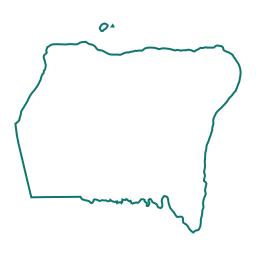 the district of Soure, Pará, Brazil
{"feature_id": "56859067B4470404603658", "entity_name": "Soure", "entity_type": "district", "adm_level": 2, "iso_a3": "BRA", "parent_name": "Brazil", "parent_adm1": "Pará", "projection": "mercator", "projection_center": [-48.627, -0.457], "detail": "fine", "context": "isolated", "style": "outline", "palette": "teal", "viewbox_px": 256, "rotation_deg": 0, "n_neighbors": 0, "source": "geoboundaries", "source_scale": "gbopen_adm2", "svg_char_len": 4859}
<svg xmlns="http://www.w3.org/2000/svg" viewBox="0 0 256 256"><path d="M31.3,197.3L45.5,197.1L80.4,196.8L81.2,198.0L82.0,199.2L83.7,199.8L85.0,200.1L86.3,200.5L87.8,200.7L89.1,201.2L91.0,203.0L92.3,202.8L93.4,201.4L93.6,200.1L94.5,199.4L95.5,199.5L97.0,199.8L98.0,200.2L99.0,200.8L100.1,200.9L101.3,200.4L102.4,200.2L103.7,200.4L104.8,200.4L106.4,200.5L107.4,201.1L108.8,201.3L109.8,200.8L110.3,199.8L111.2,200.6L112.1,201.2L113.6,201.7L115.0,202.0L116.0,201.5L117.1,201.4L117.1,203.0L118.4,202.6L119.6,202.3L120.7,202.2L121.4,203.1L122.2,202.2L122.3,200.9L122.3,199.5L123.7,199.8L125.6,200.0L126.2,199.1L127.2,199.5L128.2,200.7L129.4,201.3L130.5,200.8L131.0,201.8L131.4,203.1L132.7,203.6L133.8,203.0L135.3,202.6L136.7,202.6L138.0,202.8L138.9,202.1L141.1,199.4L142.4,199.2L143.7,199.4L144.6,199.9L144.6,201.3L145.6,202.3L146.9,203.0L146.7,204.7L146.8,205.9L148.0,206.0L148.8,205.1L149.3,203.9L149.3,202.4L148.6,201.5L148.6,199.9L150.0,198.9L151.1,199.6L152.4,202.0L153.4,202.7L155.1,203.3L156.2,204.1L157.2,205.0L157.5,206.1L158.1,207.2L159.6,207.8L160.8,208.1L162.0,206.9L162.3,205.6L162.3,204.5L162.1,203.0L161.7,201.1L161.8,200.1L162.3,198.4L163.1,197.2L164.3,196.0L166.1,196.5L167.2,197.0L168.0,198.8L168.3,201.0L168.8,203.9L170.1,207.7L172.2,210.5L173.9,212.4L175.6,215.2L176.8,216.7L178.4,217.0L179.9,216.6L181.8,216.8L182.6,217.5L183.0,218.7L182.9,220.3L183.2,222.5L184.2,223.3L185.9,224.3L187.0,225.2L188.0,226.7L189.6,229.3L191.5,231.3L193.3,232.5L195.3,230.6L196.7,230.4L198.2,230.0L199.0,229.2L199.5,228.1L200.2,226.7L200.5,225.1L200.7,223.9L200.8,222.7L200.8,221.5L200.8,219.8L201.3,217.5L201.8,216.2L201.9,214.7L202.3,212.8L202.3,211.2L202.5,210.1L203.2,208.3L203.5,206.8L203.4,205.7L203.1,204.3L203.1,202.8L203.3,201.7L203.3,200.6L203.7,199.6L204.2,197.9L204.8,196.4L205.5,194.8L205.7,193.3L205.5,192.1L205.0,190.8L205.2,189.1L205.7,186.9L206.1,185.1L206.4,183.7L206.1,182.7L205.1,181.7L204.0,180.9L204.0,179.5L204.5,178.2L204.7,177.0L204.9,175.7L204.8,174.5L204.4,173.2L204.0,171.9L204.5,169.9L204.8,168.3L204.9,166.6L205.0,164.9L204.9,163.3L204.7,161.8L204.8,160.5L205.0,159.2L205.1,157.4L205.2,155.2L205.4,152.4L205.8,151.0L206.2,149.4L206.4,148.0L206.4,146.2L206.8,145.1L207.4,143.6L208.0,142.3L208.6,140.9L209.0,139.6L209.4,138.5L209.9,137.1L210.3,136.1L210.7,134.9L211.4,132.6L211.9,131.1L212.3,129.4L212.3,127.9L212.9,125.7L213.4,124.2L213.4,122.9L213.2,121.3L213.3,119.8L213.9,117.6L215.0,115.3L215.8,113.6L216.9,112.0L218.8,110.0L221.3,107.8L223.0,106.0L225.3,103.5L226.7,102.0L228.9,98.6L230.1,97.3L231.5,95.9L232.5,94.7L233.2,93.8L233.9,92.6L235.0,91.6L235.8,90.8L236.2,89.3L236.9,88.0L237.4,86.6L237.9,85.1L238.4,83.7L239.0,82.4L239.4,81.1L239.7,79.5L239.9,78.2L240.2,76.6L240.4,75.4L240.5,74.1L240.6,73.1L240.6,71.9L240.4,70.5L240.2,68.9L239.7,67.1L239.2,65.7L238.8,64.7L238.1,63.3L237.2,62.1L236.4,60.9L235.6,59.5L234.8,58.4L234.2,57.6L233.5,56.6L232.9,55.2L231.4,54.0L230.0,53.2L228.5,52.3L227.0,51.8L226.0,51.3L224.8,50.9L223.5,49.9L223.3,48.8L222.9,47.4L221.7,46.2L220.1,46.1L218.5,45.6L217.2,45.5L216.1,45.8L214.9,46.6L214.1,47.5L212.4,47.7L210.9,47.7L209.8,47.5L208.8,47.7L207.2,47.7L206.1,47.3L204.6,47.5L203.0,48.0L202.0,48.0L200.9,47.8L199.6,48.4L198.8,49.0L197.7,49.5L196.2,50.3L194.4,51.5L193.0,51.1L192.1,50.7L190.4,50.0L188.1,49.7L186.5,50.2L185.4,50.3L184.1,50.2L182.4,50.3L180.6,50.7L179.0,50.1L176.8,50.0L175.3,50.5L174.2,50.2L172.9,49.9L171.7,49.5L170.2,49.1L168.5,48.8L166.1,48.5L164.0,48.3L162.1,48.4L159.9,49.0L158.2,49.0L156.8,48.4L154.8,47.9L152.9,47.7L151.5,47.6L149.9,47.6L148.0,47.7L146.8,47.9L145.6,48.2L144.7,48.6L143.4,49.7L141.9,50.7L140.8,50.6L139.6,50.5L138.2,50.7L137.0,50.9L135.7,50.8L134.6,51.0L133.0,51.5L131.0,51.8L129.9,52.0L128.7,52.5L126.8,52.4L125.5,52.7L123.8,53.3L122.0,54.1L120.8,54.7L119.3,54.8L117.7,54.6L115.6,54.6L112.2,54.6L110.5,54.4L109.1,54.2L105.8,52.5L103.6,51.3L102.0,50.5L99.8,50.2L97.9,49.8L96.8,48.8L95.3,46.8L94.3,45.8L93.2,45.1L90.8,44.3L89.5,44.2L88.2,43.5L87.0,42.6L85.6,41.8L83.5,42.0L81.8,42.2L80.1,42.6L79.1,43.3L77.1,44.3L73.8,44.3L72.7,44.2L68.6,44.1L65.9,44.5L56.7,44.2L53.5,44.3L52.4,44.4L51.3,44.8L50.0,45.5L48.9,46.4L47.4,47.1L46.2,50.5L46.4,51.5L46.8,52.5L46.1,53.4L44.2,55.2L43.7,56.6L43.8,57.9L44.2,59.4L44.7,60.6L45.8,65.1L45.2,69.0L44.6,70.0L43.8,70.8L43.8,71.8L43.5,73.3L42.6,74.1L41.8,75.7L40.8,78.5L40.7,79.5L38.2,84.6L36.9,86.7L34.6,89.9L32.4,92.5L31.5,93.5L29.3,97.1L27.0,101.9L25.5,104.5L24.6,105.7L24.2,106.6L23.1,108.4L22.5,109.3L21.7,110.5L21.1,111.7L20.8,114.1L20.4,115.8L20.0,116.9L19.4,119.6L18.9,120.7L17.8,121.9L15.4,123.8L16.9,135.4L18.5,143.5L27.0,179.3L31.3,197.3ZM102.9,30.9L103.9,29.7L104.9,29.2L105.9,28.5L106.6,27.5L107.4,26.7L107.7,25.4L106.1,24.0L104.4,23.5L102.6,24.1L101.3,25.2L100.4,26.6L99.7,28.4L100.5,29.7L101.3,31.0L102.9,30.9ZM113.3,26.5L112.7,25.3L111.9,26.5L113.3,26.5Z" fill="none" stroke="#0f766e" stroke-width="2"/></svg>